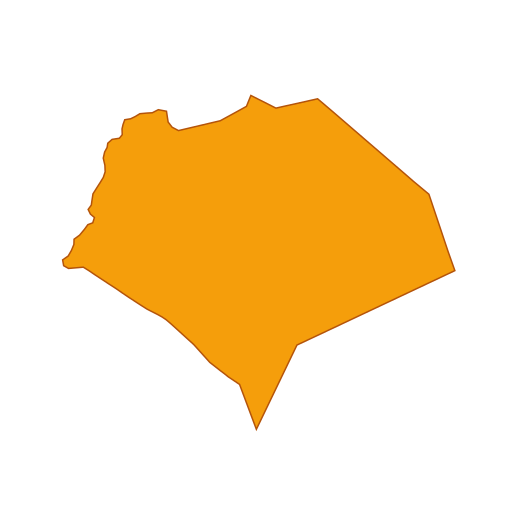 outline of Nova Fátima, Bahia, Brazil, rotated 255°
{"feature_id": "56859067B84530933937954", "entity_name": "Nova Fátima", "entity_type": "district", "adm_level": 2, "iso_a3": "BRA", "parent_name": "Brazil", "parent_adm1": "Bahia", "projection": "natural_earth1", "projection_center": [-39.609, -11.617], "detail": "fine", "context": "isolated", "style": "filled", "palette": "amber", "viewbox_px": 512, "rotation_deg": 255, "n_neighbors": 0, "source": "geoboundaries", "source_scale": "gbopen_adm2", "svg_char_len": 1118}
<svg xmlns="http://www.w3.org/2000/svg" viewBox="0 0 512 512"><g transform="rotate(255 256 256)"><path d="M190.4,444.3L210.6,442.7L270.9,439.0L287.5,427.3L293.6,423.2L374.8,368.0L391.9,356.2L393.7,313.5L412.4,292.6L403.0,285.5L400.1,273.8L395.9,256.5L397.2,213.6L402.1,208.3L408.1,205.8L412.8,206.3L419.0,207.0L422.6,199.5L421.2,192.9L422.3,187.6L423.5,180.7L421.9,175.1L421.0,170.4L421.6,164.5L417.4,161.6L413.5,159.5L407.8,158.2L405.1,154.5L405.9,147.2L403.3,142.0L399.4,140.3L395.6,136.7L390.1,133.8L382.6,133.5L376.4,132.1L371.5,128.9L367.3,124.5L363.1,119.9L358.2,114.6L351.8,111.8L347.8,110.1L344.4,105.9L339.3,106.9L335.0,109.9L330.3,106.9L329.8,101.7L326.1,97.1L321.8,91.0L319.3,84.6L314.3,83.1L309.1,79.1L304.6,74.6L302.3,68.2L296.4,67.7L292.5,71.7L289.9,86.3L285.2,90.7L279.5,95.6L267.0,106.7L260.6,112.5L254.9,117.3L248.8,122.6L242.0,128.7L237.9,132.4L233.0,136.9L229.8,140.4L224.9,145.9L221.5,149.4L217.6,152.8L212.2,156.5L186.5,173.0L165.1,183.9L154.2,192.1L150.5,195.0L146.5,197.9L136.2,206.9L88.5,211.5L159.4,272.5L161.7,285.4L190.4,444.3Z" fill="#f59e0b" stroke="#b45309" stroke-width="1.5"/></g></svg>